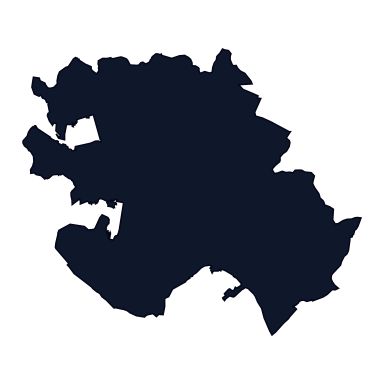 Slava Cercheza, Tulcea, Romania (Albers equal-area conic projection)
{"feature_id": "2599482B87886989581209", "entity_name": "Slava Cercheza", "entity_type": "district", "adm_level": 2, "iso_a3": "ROU", "parent_name": "Romania", "parent_adm1": "Tulcea", "projection": "albers", "projection_center": [28.562, 44.879], "detail": "fine", "context": "isolated", "style": "filled", "palette": "ink", "viewbox_px": 384, "rotation_deg": 0, "n_neighbors": 0, "source": "geoboundaries", "source_scale": "gbopen_adm2", "svg_char_len": 5825}
<svg xmlns="http://www.w3.org/2000/svg" viewBox="0 0 384 384"><path d="M156.4,316.6L158.8,314.3L163.1,314.7L164.7,306.4L164.6,299.2L165.4,298.0L168.6,296.7L172.5,289.1L185.5,281.8L186.3,280.4L189.8,278.1L189.1,277.1L192.4,276.3L193.3,274.6L196.2,272.8L201.1,267.9L204.6,265.9L209.4,265.2L211.9,266.2L211.7,266.9L211.1,267.0L210.1,268.2L211.2,268.9L210.9,270.7L212.2,271.9L211.8,272.7L212.1,273.1L212.6,272.0L213.8,271.0L218.0,271.0L219.5,270.3L219.0,269.8L219.5,269.6L220.8,270.8L221.2,269.8L222.2,269.4L225.5,270.7L232.9,275.1L233.6,276.5L236.8,278.3L241.3,283.6L241.0,285.4L237.7,287.5L236.5,288.0L235.3,287.2L233.8,290.6L231.7,290.5L229.8,288.9L228.6,289.3L224.4,293.8L225.7,295.7L222.7,297.8L223.0,298.8L224.5,300.6L226.0,298.6L229.6,295.9L233.4,297.0L234.8,296.2L241.9,289.6L243.9,288.6L245.1,287.4L248.2,288.5L253.9,294.2L255.5,296.7L257.7,302.0L261.7,308.4L264.2,318.0L269.6,330.6L272.0,335.0L275.6,332.0L283.2,323.5L288.6,318.5L289.5,317.0L296.5,309.1L293.3,306.2L295.9,305.1L298.5,302.8L299.0,301.6L301.5,300.3L303.9,300.2L306.8,301.4L312.3,299.9L312.6,300.1L312.2,300.6L312.5,300.9L323.0,297.0L327.2,294.4L332.2,289.6L335.2,289.8L338.4,288.3L334.5,285.0L332.3,281.7L331.1,279.0L331.3,275.8L332.3,273.9L340.6,265.0L341.5,261.6L344.2,256.3L346.7,254.2L347.8,252.2L348.5,250.2L349.9,239.7L349.8,237.7L352.3,236.7L352.2,235.5L353.6,234.3L354.6,230.3L356.1,229.2L357.9,226.4L361.0,217.9L357.3,217.5L354.9,217.8L351.6,219.1L347.1,219.3L343.1,220.6L338.0,223.7L335.1,223.9L332.7,219.9L333.4,209.2L329.6,206.8L324.6,204.9L323.9,202.2L322.9,200.5L320.1,198.1L318.8,193.6L314.5,187.5L312.7,183.8L312.8,181.9L314.4,175.9L311.3,172.7L304.8,172.0L301.9,170.3L300.2,170.1L295.2,170.2L293.1,172.7L289.4,172.2L285.9,172.5L282.2,171.3L277.7,173.0L274.5,173.5L272.2,169.8L272.7,168.4L275.4,165.3L279.6,161.8L280.1,160.3L280.0,157.4L280.3,156.8L282.7,153.9L286.5,151.1L289.2,146.5L289.9,142.3L289.3,140.6L286.6,138.3L286.7,137.3L290.4,131.7L289.2,131.7L270.9,121.9L262.6,118.1L255.3,116.0L255.5,115.7L254.7,112.2L260.8,98.5L257.4,98.1L258.0,95.8L243.0,89.4L238.7,84.7L252.1,83.9L250.9,81.0L244.8,73.3L240.5,71.2L237.7,68.3L236.2,65.5L233.6,65.7L232.4,65.1L230.4,60.3L230.1,58.8L230.2,56.0L231.0,53.8L228.5,50.6L224.6,49.9L222.5,49.0L220.1,53.0L216.9,56.4L216.3,60.2L214.3,62.8L212.7,67.6L212.3,72.0L209.9,73.1L204.7,71.6L200.2,73.4L199.0,71.1L199.0,68.6L198.4,67.6L195.3,65.9L192.1,65.8L192.0,62.7L190.5,59.3L188.5,57.5L184.7,55.4L179.5,55.8L171.7,58.4L162.6,55.7L161.4,54.9L161.3,54.1L160.2,54.6L157.1,53.8L155.7,54.0L152.6,56.5L151.7,57.6L151.5,58.9L150.4,59.8L149.7,61.8L147.1,63.5L145.0,63.8L143.4,62.4L142.0,62.3L140.5,63.0L138.9,65.1L136.7,65.4L130.1,65.0L127.8,60.6L126.3,58.8L122.0,57.2L120.6,57.0L113.0,58.7L111.0,58.5L110.8,57.7L106.9,58.5L102.6,58.4L98.4,60.8L98.1,64.1L98.9,66.0L98.5,68.1L98.9,70.9L96.5,73.9L92.3,70.7L91.2,69.1L91.1,66.7L85.1,64.1L79.1,60.2L79.0,59.3L78.2,59.5L77.6,58.3L75.5,57.5L73.5,58.9L68.4,66.6L65.8,67.4L59.6,71.9L58.1,75.4L57.1,80.9L57.4,83.7L54.0,87.3L50.9,88.2L48.8,88.2L47.5,87.6L45.5,84.8L45.0,83.2L40.1,80.8L39.3,78.1L33.4,77.2L31.9,87.1L34.3,94.0L39.1,96.2L40.2,95.1L40.9,95.4L42.6,98.2L44.2,98.6L45.6,99.7L46.7,102.4L47.7,102.0L48.8,103.9L48.0,104.2L49.6,112.4L48.0,113.4L47.4,115.4L47.8,116.8L49.4,120.9L52.5,125.3L53.2,123.8L55.3,123.0L56.4,123.8L55.9,130.8L60.2,135.4L59.6,137.8L56.1,133.9L58.6,138.2L64.6,139.8L64.6,134.3L66.5,124.5L71.8,124.5L72.2,124.9L72.3,126.3L73.3,126.7L72.7,123.1L73.4,123.5L74.1,125.1L75.0,124.9L74.8,122.8L75.7,122.7L76.1,124.0L76.3,121.9L77.0,121.9L76.8,119.6L86.3,116.6L86.5,117.8L88.9,117.9L88.9,115.9L93.3,114.6L100.3,139.6L100.8,139.5L101.2,141.0L101.1,141.8L100.7,141.8L99.3,141.8L98.8,141.1L95.6,141.1L90.3,143.3L75.4,146.6L75.0,148.9L75.8,149.2L75.8,150.3L75.2,150.6L74.5,150.2L72.4,151.0L71.0,149.4L68.2,149.0L67.8,146.9L65.8,145.9L65.6,144.9L63.0,144.0L62.3,145.4L57.9,143.1L58.3,141.5L57.0,140.8L55.5,141.0L49.6,137.8L49.4,137.6L50.2,137.1L37.3,128.6L35.6,125.7L34.9,125.8L36.4,127.4L35.4,127.1L34.5,128.0L33.7,126.8L32.7,126.8L30.5,129.0L28.6,132.0L27.2,136.2L23.1,140.9L23.0,143.1L24.5,145.9L27.6,148.4L28.8,150.6L30.5,151.3L33.5,156.2L33.9,161.7L32.7,166.2L30.6,169.8L30.8,173.3L34.1,172.9L36.3,174.6L41.1,175.6L44.8,179.1L45.6,178.2L47.3,178.7L49.2,177.9L52.7,174.8L58.2,174.3L58.5,175.2L59.3,174.5L60.6,174.9L63.1,173.7L64.4,175.3L69.1,178.5L70.6,178.9L71.5,179.7L71.7,180.4L72.3,180.3L73.5,182.4L74.2,184.7L75.9,186.6L74.2,189.2L73.4,189.5L72.9,190.8L72.2,190.8L71.0,192.8L71.1,195.8L72.0,200.1L72.2,204.6L78.6,199.7L79.0,198.9L79.8,199.3L80.4,201.7L80.3,204.0L87.1,201.3L88.1,201.6L88.9,202.5L89.0,203.8L89.5,202.6L90.1,202.6L89.7,203.4L89.9,203.6L90.8,202.1L91.6,203.0L91.2,203.7L91.6,204.2L92.1,202.7L93.7,203.0L95.6,202.3L95.6,203.8L97.1,203.0L98.0,201.5L98.5,199.3L100.5,198.6L102.4,199.0L107.6,201.6L106.8,202.4L108.1,204.9L107.9,206.2L111.4,206.8L113.6,208.0L113.9,207.3L114.4,207.4L114.1,206.6L114.3,205.2L115.4,204.2L116.4,204.5L116.3,203.4L115.4,202.4L113.6,202.6L113.6,201.9L109.2,201.3L109.3,200.5L114.5,200.2L115.6,199.5L117.0,199.5L116.7,201.3L123.6,202.6L119.4,229.4L118.5,232.9L117.2,235.8L116.0,235.7L114.8,236.6L113.4,239.9L112.2,240.3L112.1,239.8L109.5,239.3L110.5,233.1L110.3,232.6L109.2,239.3L108.7,239.2L108.3,236.4L108.8,231.8L108.0,234.1L107.7,233.5L108.1,230.2L106.8,232.6L105.9,229.9L106.4,228.9L105.6,228.2L106.8,226.1L106.6,225.6L108.8,223.5L109.1,219.5L107.8,217.5L102.1,214.8L99.8,217.9L95.3,227.8L94.2,229.3L88.4,230.0L84.4,226.5L70.1,224.3L58.9,230.4L58.0,232.9L57.8,235.0L56.0,242.7L55.4,247.1L55.8,248.3L68.8,263.5L67.4,265.0L69.1,266.7L74.1,273.5L91.3,286.7L93.2,288.9L97.0,291.9L99.7,293.3L102.1,296.9L106.4,300.1L114.0,308.0L115.7,307.7L124.5,309.6L127.3,310.7L129.9,312.7L136.4,315.7L144.6,317.0L146.0,315.5L147.7,314.7L153.0,313.6L156.4,316.6Z" fill="#0f172a" stroke="#020617" stroke-width="1.5"/></svg>